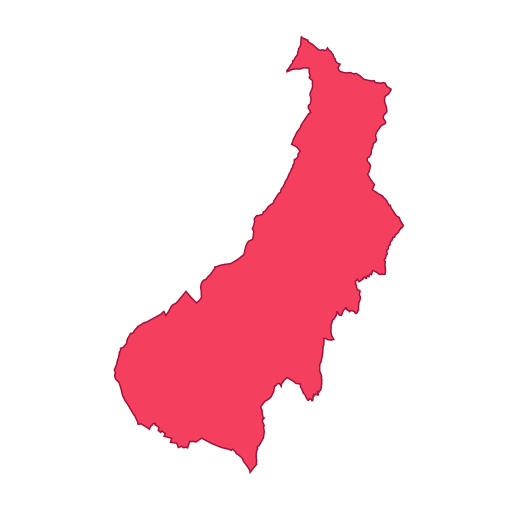 outline of Stremt, Alba, Romania, rotated 86°
{"feature_id": "2599482B49983033782323", "entity_name": "Stremt", "entity_type": "district", "adm_level": 2, "iso_a3": "ROU", "parent_name": "Romania", "parent_adm1": "Alba", "projection": "equal_earth", "projection_center": [23.586, 46.252], "detail": "fine", "context": "isolated", "style": "filled", "palette": "rose", "viewbox_px": 512, "rotation_deg": 86, "n_neighbors": 0, "source": "geoboundaries", "source_scale": "gbopen_adm2", "svg_char_len": 6078}
<svg xmlns="http://www.w3.org/2000/svg" viewBox="0 0 512 512"><g transform="rotate(86 256 256)"><path d="M471.4,277.0L463.6,269.8L461.8,270.2L460.7,269.5L458.3,269.8L453.7,269.7L449.1,268.5L448.6,267.8L446.3,268.0L445.5,266.3L438.0,261.3L431.7,260.0L427.5,260.4L425.6,259.7L421.2,261.3L419.3,260.7L419.2,259.8L417.9,259.2L417.6,260.2L411.5,261.0L410.9,260.5L406.9,262.0L401.6,257.3L399.4,252.9L397.5,250.7L392.1,247.6L390.4,247.5L388.9,246.8L387.3,246.9L387.0,245.7L384.8,243.3L384.7,241.5L387.8,240.0L385.0,239.3L382.6,236.9L381.5,236.7L380.6,234.7L379.3,233.6L384.0,226.8L385.9,225.1L386.8,220.7L389.9,220.7L391.8,219.6L395.9,218.5L397.7,216.9L401.2,215.6L403.6,214.2L403.6,213.7L402.3,212.6L402.5,211.5L403.2,210.7L404.3,210.3L404.2,209.7L403.3,209.2L400.6,209.1L400.1,208.1L399.3,208.4L398.1,208.1L398.8,207.1L398.0,205.9L399.2,203.9L398.3,203.5L396.9,204.1L396.2,204.1L396.7,203.8L396.4,202.8L395.5,202.5L394.5,201.2L393.0,200.4L389.5,199.6L384.4,199.0L381.7,199.3L380.9,198.9L374.9,200.5L368.6,200.0L366.4,198.6L358.7,196.4L350.5,195.3L349.9,194.7L345.4,194.1L343.0,194.0L343.3,192.0L344.5,190.2L345.1,187.1L344.7,184.2L341.2,185.9L337.4,186.6L330.2,185.9L325.4,184.0L324.1,182.5L321.0,180.2L319.5,179.8L318.7,179.0L317.4,179.1L317.5,178.7L320.8,177.1L321.2,174.9L316.9,172.9L314.1,170.3L314.3,170.1L314.0,169.5L314.3,169.2L314.5,169.6L314.9,169.3L315.3,169.7L316.7,168.2L316.7,167.5L318.1,166.8L317.4,165.8L317.2,164.1L318.3,161.7L320.2,160.8L320.2,159.8L319.5,158.9L316.7,157.4L314.6,157.4L309.8,156.6L307.1,155.3L305.0,154.8L303.8,154.8L301.9,155.6L298.2,154.6L297.7,155.0L296.8,157.0L294.7,157.8L292.0,157.9L291.3,158.5L289.9,158.6L288.8,158.3L287.9,158.4L286.3,156.4L288.9,155.0L286.6,151.1L286.1,151.4L284.6,149.2L284.9,148.8L284.9,148.1L285.9,148.3L285.9,147.3L284.8,147.2L283.6,146.2L284.6,144.9L284.5,144.7L282.1,143.8L282.3,142.3L282.6,142.0L279.0,140.8L278.8,140.0L280.9,136.4L282.9,134.3L283.2,128.6L279.1,127.7L278.2,128.1L276.9,127.7L274.6,128.1L270.5,127.4L269.6,128.2L268.8,128.2L267.0,126.8L264.2,126.2L263.7,125.3L263.2,124.9L260.2,125.3L259.6,125.1L258.1,123.5L255.5,123.2L254.3,121.5L251.7,121.2L250.1,119.5L246.8,117.7L247.0,116.7L246.8,116.2L245.4,116.1L242.1,112.2L239.7,110.8L239.0,109.7L238.2,109.7L237.9,109.4L238.0,108.4L235.9,106.8L231.2,109.4L227.5,110.5L226.1,112.7L224.7,113.8L217.3,118.0L214.7,118.6L214.7,119.6L212.1,121.0L210.6,121.4L207.9,123.3L206.3,125.0L205.3,125.2L203.2,128.1L202.8,129.3L200.8,131.5L198.1,135.4L193.0,132.8L187.6,136.4L182.3,138.9L179.4,137.1L173.9,135.4L172.1,136.1L169.3,138.1L167.7,138.5L167.0,138.3L165.6,137.5L165.1,136.1L162.4,134.2L160.4,133.6L158.5,133.6L155.4,132.0L152.0,131.1L150.7,129.1L149.4,128.1L148.8,127.8L143.8,128.3L141.1,127.2L135.0,122.3L133.0,118.2L132.2,117.3L130.8,117.6L127.1,119.6L124.8,118.9L121.6,115.7L120.5,115.3L116.9,115.5L111.2,116.9L107.0,116.7L105.3,115.4L103.9,113.0L102.9,112.0L100.2,110.0L99.0,109.6L96.1,113.5L92.4,115.3L92.2,115.8L91.8,117.0L92.3,118.3L92.2,119.8L92.5,120.2L91.6,121.9L91.9,123.4L90.9,125.3L89.3,125.9L89.5,129.0L89.0,129.5L88.8,131.1L87.3,136.0L83.2,140.0L80.8,143.5L81.2,146.0L79.5,148.9L79.7,153.7L78.6,157.2L77.2,159.8L75.4,160.7L73.6,160.9L70.5,158.7L69.2,161.3L67.2,163.0L65.5,163.1L64.6,163.4L64.2,164.2L60.6,165.0L58.4,166.6L56.9,167.2L56.3,168.4L53.4,170.2L55.6,171.7L55.7,173.6L54.8,175.3L55.3,177.4L55.0,178.7L52.7,181.2L49.2,184.5L46.3,188.6L44.1,189.5L43.5,191.4L42.8,191.8L42.6,193.1L40.6,195.4L42.5,195.9L48.2,196.6L50.6,197.7L52.2,199.1L54.6,199.5L55.3,200.1L57.4,200.4L58.7,201.1L60.8,203.1L63.1,204.2L63.8,205.7L66.1,206.0L67.2,207.3L70.4,209.8L71.6,210.3L72.0,211.2L73.2,212.3L74.4,212.2L73.9,211.4L73.6,209.5L73.0,209.2L72.9,208.0L72.2,206.6L72.4,205.7L72.1,203.6L72.5,199.9L72.3,197.3L71.5,195.3L72.0,192.7L72.0,191.0L72.5,190.0L77.0,190.1L79.8,189.4L80.7,189.7L81.2,190.5L82.3,190.2L84.9,187.5L85.9,187.3L86.7,187.7L90.6,187.7L93.3,188.5L97.0,190.5L99.3,191.0L101.3,190.3L104.4,190.2L108.1,191.3L109.5,193.2L110.9,193.5L111.8,193.5L116.6,191.4L117.7,193.5L127.0,200.7L128.9,202.0L131.0,202.8L135.4,206.6L140.6,209.5L142.1,210.7L144.3,211.2L147.0,212.8L150.1,207.7L154.6,204.7L157.3,207.0L159.5,207.1L160.3,207.6L161.7,208.9L162.3,210.5L162.8,211.1L166.0,211.3L168.2,213.0L170.4,213.2L171.3,214.5L174.3,215.6L176.4,217.2L180.4,219.1L184.0,221.7L185.3,222.1L188.9,224.2L191.0,226.2L194.2,227.2L195.2,229.1L202.1,234.2L204.5,235.1L205.6,237.4L207.6,240.3L211.7,243.6L212.4,245.5L214.3,246.3L215.1,247.2L215.7,249.9L215.8,252.6L218.7,255.2L221.6,255.0L223.4,255.5L225.2,256.0L228.5,257.8L230.9,256.6L231.9,256.6L237.6,257.7L239.4,258.6L240.6,262.2L242.5,263.9L246.2,265.7L253.6,267.9L257.8,273.8L261.9,281.8L262.2,288.1L262.9,293.0L264.1,296.8L263.9,297.6L265.3,298.0L271.1,302.6L273.3,305.3L275.7,307.4L276.2,308.5L276.5,310.1L279.4,312.3L282.9,313.4L287.3,313.1L293.3,313.3L294.7,314.1L296.3,315.6L298.6,318.6L293.1,323.4L286.4,328.3L297.2,338.6L299.1,342.7L300.2,343.9L305.6,347.3L309.2,350.1L305.0,351.6L305.5,352.8L307.2,354.5L307.8,355.6L314.7,370.7L314.4,371.1L314.9,372.8L316.4,375.1L317.9,378.6L322.8,383.2L323.5,383.3L324.1,384.0L324.5,384.9L324.3,386.0L324.7,386.7L328.4,388.9L329.2,389.8L331.4,390.6L332.9,390.7L335.2,392.0L338.0,395.1L338.6,397.6L340.0,397.6L341.5,398.2L342.7,399.2L344.0,398.8L344.5,399.4L347.1,400.0L351.0,401.7L354.1,402.4L359.4,405.1L360.2,405.2L362.5,404.4L364.8,405.2L367.1,405.2L369.6,404.2L372.5,401.5L378.5,400.0L385.9,398.8L390.9,396.8L394.4,394.7L406.0,388.9L406.6,388.2L413.4,385.6L415.6,385.4L415.5,382.1L419.8,376.2L421.4,374.4L420.0,373.8L418.0,372.4L417.2,371.1L416.0,370.3L415.8,368.3L417.3,368.6L419.7,365.2L421.0,365.0L423.2,365.7L425.3,363.4L423.9,362.3L426.9,358.8L429.3,360.3L432.0,352.9L435.9,354.3L437.2,348.1L441.6,346.9L440.7,343.5L442.3,341.5L441.8,339.4L442.7,337.6L436.3,335.1L436.7,333.5L436.4,332.8L437.3,328.6L436.5,327.7L436.1,326.4L435.1,325.3L434.0,322.9L439.9,313.3L444.6,303.8L446.8,296.8L448.1,294.2L446.9,292.9L450.1,290.1L451.7,289.4L453.1,287.5L456.8,283.7L459.6,283.0L465.4,279.2L469.6,277.1L471.4,277.0Z" fill="#f43f5e" stroke="#9f1239" stroke-width="1.5"/></g></svg>